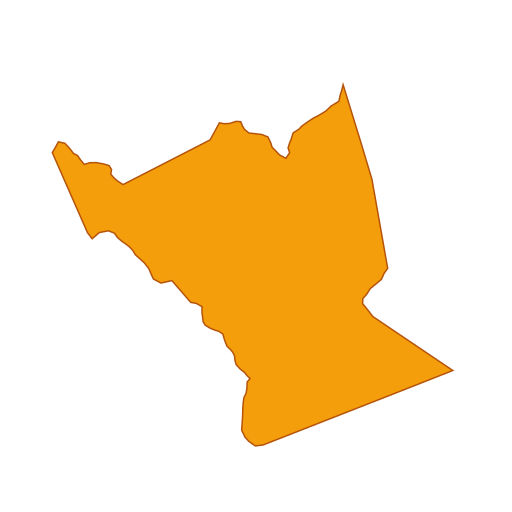 outline of Gurjão, Paraíba, Brazil, rotated 67°
{"feature_id": "56859067B53203930755838", "entity_name": "Gurjão", "entity_type": "district", "adm_level": 2, "iso_a3": "BRA", "parent_name": "Brazil", "parent_adm1": "Paraíba", "projection": "equal_earth", "projection_center": [-36.483, -7.267], "detail": "fine", "context": "isolated", "style": "filled", "palette": "amber", "viewbox_px": 512, "rotation_deg": 67, "n_neighbors": 0, "source": "geoboundaries", "source_scale": "gbopen_adm2", "svg_char_len": 1590}
<svg xmlns="http://www.w3.org/2000/svg" viewBox="0 0 512 512"><g transform="rotate(67 256 256)"><path d="M438.3,119.6L357.4,172.1L346.0,175.1L341.7,176.5L337.0,174.4L334.4,168.9L330.7,163.7L328.7,156.8L326.5,149.7L322.0,144.8L318.8,139.6L230.6,119.3L193.6,115.2L132.4,108.9L137.8,113.0L140.9,115.7L146.0,119.3L147.3,128.3L149.9,135.2L151.1,143.7L151.5,149.4L152.7,156.0L154.3,162.9L156.1,167.2L157.2,173.7L162.1,177.9L165.6,181.4L169.0,184.2L174.1,184.7L177.7,190.3L172.2,194.8L168.4,196.2L162.1,198.7L157.6,198.2L151.1,198.5L146.5,203.1L143.0,209.1L140.1,214.4L135.2,217.0L131.3,217.6L126.4,217.6L124.3,221.7L123.7,228.3L121.8,233.7L119.1,237.6L131.2,252.9L138.3,350.5L132.5,354.4L128.2,356.4L123.8,357.7L120.0,355.2L115.4,355.9L111.9,360.1L107.6,366.5L105.2,372.5L104.6,378.3L99.3,379.9L93.8,381.0L90.3,383.9L84.5,385.4L77.5,387.9L73.7,393.3L78.3,399.1L81.2,403.1L168.6,402.0L176.1,400.1L173.2,391.1L175.1,382.1L179.6,377.4L184.9,376.3L190.3,373.6L194.5,370.9L198.0,369.0L202.5,367.3L207.8,366.5L218.6,361.5L225.7,359.6L232.4,359.6L237.1,359.4L243.8,354.0L245.8,343.0L273.2,334.2L276.3,329.5L281.4,325.5L286.9,327.8L292.3,329.3L296.1,330.4L299.9,329.7L304.5,326.5L307.8,323.2L310.9,319.6L314.9,317.0L321.2,317.8L327.6,318.0L332.0,316.1L335.6,315.0L339.5,314.8L343.7,316.1L348.1,316.7L353.7,314.8L358.8,312.0L362.6,311.0L366.3,309.3L368.6,313.4L373.7,315.8L378.3,318.6L381.6,322.4L386.6,325.4L390.9,327.6L395.1,329.5L400.8,332.2L405.7,334.7L410.6,337.2L418.5,336.9L423.9,335.0L430.5,330.9L432.7,323.5L437.0,169.7L438.3,119.6Z" fill="#f59e0b" stroke="#b45309" stroke-width="1.5"/></g></svg>